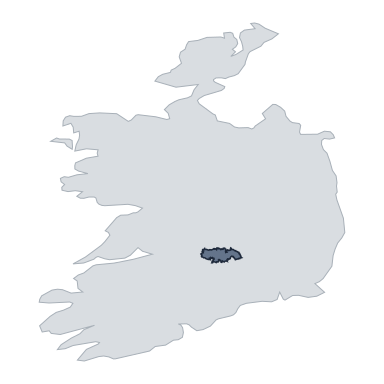 Thurles Lea-5, North Tipperary, Ireland shown in context
{"feature_id": "5873133B42625878328180", "entity_name": "Thurles Lea-5", "entity_type": "district", "adm_level": 2, "iso_a3": "IRL", "parent_name": "Ireland", "parent_adm1": "North Tipperary", "projection": "equal_earth", "projection_center": [-7.824, 52.667], "detail": "fine", "context": "in_parent", "style": "filled", "palette": "slate", "viewbox_px": 384, "rotation_deg": 0, "n_neighbors": 0, "source": "geoboundaries", "source_scale": "gbopen_adm2", "svg_char_len": 8221}
<svg xmlns="http://www.w3.org/2000/svg" viewBox="0 0 384 384"><path d="M260.9,46.2L250.1,51.6L248.4,53.7L245.4,62.0L245.0,64.4L238.2,73.7L234.4,75.6L228.7,77.1L225.4,78.6L221.3,77.8L216.1,77.9L213.5,79.6L213.6,80.9L215.2,82.3L224.8,86.6L224.2,88.4L221.5,90.4L204.3,95.5L199.2,98.5L197.4,100.5L199.2,103.8L212.9,113.9L215.3,115.0L217.3,120.9L229.5,123.4L234.5,127.0L238.8,127.9L248.1,127.6L251.8,129.0L253.9,127.9L255.2,126.0L265.6,118.8L262.3,113.5L272.8,104.4L275.7,104.5L280.6,107.3L284.7,111.1L286.0,116.3L289.9,121.0L292.4,122.6L299.1,123.5L300.7,125.3L299.5,132.1L300.6,134.4L317.6,134.2L324.4,131.2L330.4,131.8L333.3,134.8L334.6,137.9L329.6,139.1L324.2,138.5L321.7,140.5L321.5,144.5L323.4,149.6L327.0,153.2L329.9,161.3L332.4,170.4L336.1,175.9L337.0,182.7L336.5,186.1L337.2,192.1L335.7,194.2L336.9,199.9L343.4,218.2L344.8,232.5L341.8,237.9L337.7,243.0L335.1,249.1L333.1,255.6L331.9,266.2L323.1,278.6L319.3,281.7L314.9,283.6L324.6,292.3L316.8,296.2L308.1,297.4L298.5,295.3L292.6,295.5L285.0,300.1L283.3,299.2L279.7,292.1L277.1,299.5L271.6,301.8L262.1,301.3L246.4,303.3L240.3,305.4L237.8,308.7L235.9,312.5L233.5,314.8L230.7,315.9L218.5,318.8L216.1,319.9L210.4,326.1L203.0,329.6L196.8,330.7L191.4,327.1L189.2,324.9L186.6,323.8L178.3,324.0L180.9,325.1L182.6,327.7L183.4,332.5L182.4,337.3L178.3,339.7L173.4,340.2L165.6,345.1L155.2,346.5L149.6,351.0L115.5,358.8L113.5,358.9L108.8,356.9L103.7,356.0L98.7,356.6L84.3,361.0L77.4,360.1L86.4,349.4L98.3,344.0L99.5,342.5L95.7,341.7L73.1,345.5L65.2,348.7L57.4,349.6L61.1,344.7L71.3,338.1L80.0,333.7L83.9,329.7L94.5,325.3L60.2,334.5L51.2,333.4L49.2,330.8L42.2,332.0L39.6,325.8L50.1,316.4L56.2,312.4L63.4,310.2L70.3,307.1L72.9,303.3L69.7,302.0L49.1,303.0L39.2,302.2L39.8,299.2L41.7,295.8L52.0,290.1L57.5,289.2L62.5,289.7L71.1,293.1L82.8,292.0L78.0,288.4L77.2,281.0L73.6,278.5L78.3,275.0L83.8,273.0L92.9,265.9L96.1,264.8L114.0,263.1L133.3,259.3L152.4,254.2L142.6,251.3L138.0,247.6L130.4,255.2L124.9,258.1L109.6,259.7L104.8,258.8L98.0,256.5L95.9,257.4L93.9,259.2L83.7,263.0L73.0,263.9L85.5,257.0L101.3,245.3L104.9,241.6L109.9,235.2L108.4,232.4L105.2,230.8L116.7,217.6L120.7,215.2L128.0,214.9L133.3,212.8L135.7,212.8L137.8,212.0L142.5,208.1L135.3,205.6L127.9,204.3L104.9,205.7L101.9,205.4L99.0,204.2L97.2,202.4L95.9,198.0L94.2,197.0L89.0,197.0L83.9,198.3L80.3,198.2L76.8,196.3L82.5,191.7L75.3,190.7L68.0,191.6L62.0,190.2L61.8,187.3L64.6,184.5L61.1,181.8L60.4,178.4L64.2,176.7L68.4,177.3L77.0,174.8L87.9,173.6L78.6,171.1L74.9,169.0L74.8,165.7L75.5,162.9L86.4,158.2L98.0,156.2L97.2,153.1L98.1,149.8L86.4,148.8L74.8,151.1L76.2,144.8L79.0,139.0L79.6,135.2L79.1,131.2L73.7,132.9L73.2,127.2L70.9,123.3L62.9,126.0L63.2,120.9L65.5,117.2L69.7,115.7L73.9,116.4L81.5,116.3L89.0,113.6L99.7,112.9L116.7,113.7L128.3,121.4L131.3,120.0L136.0,115.2L138.2,114.7L155.8,116.8L166.8,119.5L169.7,118.7L168.2,113.3L164.4,109.6L169.2,104.8L174.9,101.5L178.8,99.8L187.6,97.8L191.5,95.9L194.1,89.7L198.2,84.5L176.0,87.2L154.9,81.1L158.3,76.7L162.7,74.3L170.4,72.4L171.2,70.1L175.1,68.3L181.5,63.3L179.2,56.9L180.5,52.2L185.1,49.2L186.6,44.8L188.6,41.6L198.0,40.4L207.0,37.4L220.9,37.0L224.5,38.2L223.7,33.0L230.2,32.3L232.7,33.3L233.9,37.1L236.8,39.5L237.7,43.6L235.8,46.8L232.4,49.3L235.5,51.8L230.8,56.4L235.9,54.5L243.1,50.0L242.7,46.3L241.5,41.7L239.5,37.6L240.4,33.0L244.4,30.1L255.1,28.7L250.7,23.5L254.6,23.0L258.9,24.1L265.1,28.2L278.4,33.8L271.9,38.9L264.0,42.4L260.9,46.2ZM72.5,146.9L72.2,149.3L67.1,146.2L64.7,142.9L50.7,141.3L56.6,138.0L59.4,139.0L69.3,139.1L72.1,140.5L72.5,146.9Z" fill="#d9dde1" stroke="#a8b0b8" stroke-width="1"/><path d="M203.3,249.4L203.2,249.4L203.2,249.5L202.9,249.6L202.7,249.7L202.7,249.8L202.5,250.0L202.5,250.5L202.6,250.9L203.0,251.0L202.7,251.1L202.6,251.4L202.6,251.5L202.8,251.5L202.8,251.9L203.0,252.0L202.9,252.0L203.3,252.3L203.5,252.6L203.9,252.5L203.1,252.9L202.3,252.9L202.1,252.9L201.8,253.3L201.6,253.6L201.3,253.7L200.9,254.0L201.2,254.5L201.9,254.8L202.0,255.0L201.9,255.1L201.9,255.4L201.6,255.7L201.6,255.8L201.5,256.0L201.5,256.5L201.9,256.7L201.9,256.9L202.4,256.9L202.6,257.0L202.9,257.2L203.6,257.8L204.3,257.7L205.0,257.9L205.4,258.2L206.1,258.8L207.2,259.1L208.2,259.5L208.4,259.2L208.6,259.2L208.6,259.3L209.2,259.3L209.6,259.5L210.0,259.7L210.1,259.4L210.4,259.5L210.5,259.1L210.0,259.0L209.9,258.9L210.0,258.8L209.9,258.6L209.6,258.2L210.1,258.1L210.3,257.8L210.4,257.6L210.5,257.4L210.7,257.5L211.0,257.9L211.0,258.0L210.8,258.3L211.3,258.3L211.5,258.4L211.8,258.3L211.8,258.2L212.0,257.9L212.1,257.6L212.5,257.5L212.7,257.8L212.8,257.9L213.0,258.1L213.6,258.2L213.5,258.4L213.3,258.6L213.6,258.7L214.1,258.9L214.0,259.5L213.9,259.6L213.4,259.4L213.1,259.6L213.0,260.2L213.1,260.3L213.2,260.6L213.1,260.8L212.6,261.2L212.2,261.4L212.1,261.5L212.1,261.8L212.0,262.0L212.2,262.3L211.9,262.8L212.1,262.8L212.2,262.6L212.6,262.7L212.7,262.4L212.7,262.2L212.8,262.0L213.0,262.0L213.7,261.9L213.8,261.8L213.7,261.7L214.4,261.9L214.8,261.9L215.4,262.2L216.1,262.6L216.3,262.1L216.4,261.9L216.5,261.8L217.0,262.1L217.4,261.6L217.9,261.8L218.3,261.9L218.5,261.6L218.8,261.1L218.6,260.3L218.7,260.0L218.6,259.8L218.9,259.7L219.0,259.5L219.4,259.6L219.6,259.9L219.8,259.9L220.0,260.2L220.4,260.4L220.4,260.6L220.8,260.6L220.8,260.9L220.9,261.1L220.9,261.3L221.2,261.5L221.0,261.9L221.1,262.3L221.8,262.4L222.1,261.8L222.3,261.7L222.5,261.5L222.4,261.5L222.5,261.3L222.4,261.2L222.5,261.0L222.9,261.3L223.1,261.6L223.7,261.7L223.8,261.8L224.1,261.9L224.1,261.6L224.4,261.5L225.6,261.0L226.6,261.1L227.1,261.3L227.0,261.1L226.8,260.9L227.0,260.7L227.0,260.1L227.0,259.9L227.6,260.0L227.6,259.9L227.7,260.0L228.6,259.5L228.2,259.2L228.4,259.1L228.8,259.0L228.7,258.9L229.2,258.9L229.3,258.8L229.7,258.6L230.3,258.6L230.3,257.6L230.9,256.8L231.0,256.8L231.2,256.6L231.4,256.4L231.6,256.2L232.6,256.4L232.9,256.6L233.0,256.5L233.2,256.8L233.4,256.8L233.4,257.1L233.2,257.2L233.5,257.6L234.1,257.6L234.3,258.0L234.5,258.1L234.7,258.3L234.7,258.5L234.8,258.6L234.9,258.8L235.1,259.3L235.3,259.7L235.9,259.4L236.0,259.5L236.8,259.1L237.0,259.2L237.5,259.0L238.0,258.7L238.4,258.5L238.5,258.6L238.6,258.9L238.9,258.8L238.8,258.7L239.2,258.5L239.4,258.5L239.7,258.5L239.6,258.2L240.8,257.8L241.4,257.8L241.7,257.7L241.4,257.5L241.4,257.4L241.3,257.2L240.9,256.7L240.6,256.4L240.8,256.0L240.7,255.7L240.2,255.2L240.3,254.9L240.2,254.8L239.9,254.7L239.6,254.3L239.4,254.1L239.8,253.9L239.7,253.6L239.5,253.2L239.2,253.0L238.8,252.9L238.8,252.6L238.8,252.4L238.7,252.4L238.4,252.2L237.9,252.2L237.8,251.9L237.5,251.7L237.2,251.7L236.7,251.3L236.4,251.4L236.0,251.3L235.6,251.0L235.5,250.9L235.5,250.6L235.3,250.6L234.9,250.7L234.5,250.6L234.3,250.3L234.1,250.2L233.3,249.5L231.8,249.6L231.9,249.3L231.3,248.3L230.7,247.9L230.2,249.6L230.2,250.2L229.7,250.4L229.4,250.4L229.1,250.4L228.9,250.3L228.7,250.4L228.5,250.5L228.3,250.3L228.1,250.3L227.9,249.9L227.7,249.8L227.5,250.0L227.0,250.1L226.9,250.4L227.0,250.7L226.9,251.0L226.8,250.9L226.6,250.9L226.6,251.3L226.5,251.5L226.5,251.8L226.8,252.2L226.7,252.2L226.3,252.3L226.2,252.3L225.7,252.5L225.6,251.8L225.6,251.5L225.5,251.3L225.7,251.1L225.8,251.0L225.8,250.8L225.7,250.7L225.6,250.2L225.7,249.3L225.3,249.3L225.1,248.7L224.8,248.3L224.8,248.2L224.6,248.1L224.2,248.2L223.9,248.1L223.5,248.2L223.6,248.4L223.4,248.5L223.4,248.8L223.0,249.0L222.9,249.1L222.9,249.3L222.4,249.3L221.9,249.4L221.9,249.1L221.6,249.2L221.3,248.9L221.1,249.0L220.6,249.4L220.5,249.1L220.4,249.0L220.2,248.9L219.9,248.9L219.5,248.7L219.3,248.5L218.9,248.7L218.7,248.7L218.7,248.3L218.6,248.1L217.8,248.1L217.3,247.9L216.9,247.9L216.7,248.2L216.5,248.4L216.4,248.7L216.5,248.8L216.4,248.8L216.5,249.0L216.5,249.3L216.4,249.4L216.4,249.5L216.2,249.3L216.0,249.2L215.8,248.9L215.5,248.9L215.4,249.0L215.0,249.2L214.5,249.2L214.6,248.9L214.5,248.6L214.4,248.6L213.8,248.6L213.7,248.8L213.4,249.0L213.0,249.2L212.5,249.5L212.1,249.7L211.3,250.0L210.9,249.7L210.4,249.9L210.1,249.8L209.9,249.7L209.7,249.7L209.3,249.7L209.2,249.8L209.2,250.0L208.7,250.0L208.3,250.2L207.6,249.8L207.2,249.7L206.9,249.5L206.7,249.5L206.4,249.5L206.4,249.4L206.1,249.4L205.9,249.3L205.6,249.2L205.2,249.2L204.6,249.0L204.4,249.0L204.4,248.9L204.0,249.4L203.9,249.4L203.7,249.5L203.4,249.5L203.3,249.4Z" fill="#64748b" stroke="#1e293b" stroke-width="1.5"/></svg>